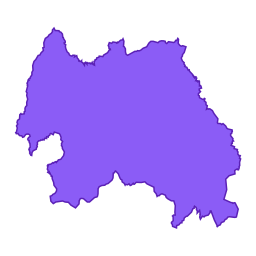 San Cristóbal de la Barranca, Jalisco, Mexico
{"feature_id": "50627088B30385640574129", "entity_name": "San Cristóbal de la Barranca", "entity_type": "district", "adm_level": 2, "iso_a3": "MEX", "parent_name": "Mexico", "parent_adm1": "Jalisco", "projection": "equal_earth", "projection_center": [-103.519, 21.046], "detail": "fine", "context": "isolated", "style": "filled", "palette": "violet", "viewbox_px": 256, "rotation_deg": 0, "n_neighbors": 0, "source": "geoboundaries", "source_scale": "gbopen_adm2", "svg_char_len": 5708}
<svg xmlns="http://www.w3.org/2000/svg" viewBox="0 0 256 256"><path d="M232.1,129.9L228.1,129.0L226.9,128.3L225.7,126.0L223.0,123.6L221.7,124.5L220.7,123.6L217.8,123.4L217.4,122.7L217.9,118.8L214.0,113.6L212.4,110.6L209.8,108.8L208.4,109.1L207.9,108.6L206.5,109.3L207.3,105.7L206.0,104.8L206.0,102.3L204.4,101.1L204.9,98.7L204.3,98.4L203.5,99.5L202.8,99.4L199.5,97.7L199.3,95.8L198.4,95.3L198.4,93.7L200.5,91.6L199.2,90.1L199.2,89.0L201.5,88.1L200.9,86.0L200.2,85.4L199.5,85.8L199.4,81.3L199.0,80.8L197.9,81.8L197.5,80.8L196.6,81.0L196.3,80.1L195.9,80.3L196.7,78.2L195.9,77.9L196.0,77.4L195.6,77.6L195.4,77.1L194.9,77.6L194.7,77.1L194.4,77.7L193.3,76.2L193.2,75.3L192.7,75.2L192.5,74.4L189.5,71.2L189.2,69.8L188.2,70.1L186.8,67.3L184.7,66.5L185.1,65.4L183.9,63.9L184.2,62.7L182.5,61.1L181.4,58.6L181.4,57.6L182.5,55.9L182.4,54.8L184.2,52.5L186.0,46.8L182.7,45.7L181.3,46.2L179.7,45.3L178.2,43.3L178.5,39.3L177.8,38.4L177.0,40.0L176.2,40.6L175.7,40.4L174.8,41.9L173.7,42.5L168.5,41.7L166.7,43.5L165.5,42.7L165.2,41.3L163.7,40.9L161.4,40.8L159.5,41.3L158.0,42.7L153.1,41.3L150.7,41.4L148.9,43.1L146.7,46.8L143.2,48.2L140.6,50.3L139.0,50.9L137.6,50.6L136.5,51.4L134.9,51.3L127.6,55.3L126.1,54.2L125.5,52.1L125.4,48.8L124.3,46.8L123.5,46.4L123.9,41.2L123.0,38.8L122.4,39.9L120.6,40.2L117.8,42.8L117.4,42.2L116.5,43.0L116.2,42.5L112.9,42.0L111.7,43.3L109.3,42.6L108.2,45.7L108.8,46.5L109.0,48.4L110.2,48.9L110.4,49.7L109.3,49.9L107.6,52.7L103.6,55.1L102.9,56.6L99.2,56.1L98.8,57.3L96.8,57.8L96.5,59.3L95.1,59.7L95.0,60.8L94.0,61.4L94.5,65.2L93.1,64.5L92.2,62.4L91.7,63.7L90.8,63.1L90.3,63.8L89.2,62.9L87.9,63.3L87.2,62.6L86.8,62.8L86.9,64.1L85.8,62.8L85.7,61.6L85.2,63.2L84.5,63.0L84.4,65.2L82.7,62.7L81.6,62.0L81.6,60.8L81.0,61.6L79.6,60.8L79.2,61.3L78.8,61.0L78.6,59.4L77.3,58.1L76.7,55.7L74.5,56.9L74.8,55.3L72.8,55.2L71.9,56.1L70.1,55.5L69.2,54.6L68.9,53.4L67.1,51.8L65.8,48.6L65.4,46.6L65.7,44.6L64.4,43.9L64.1,42.9L65.2,42.5L65.2,41.2L63.7,38.9L63.3,37.5L62.8,37.4L62.4,34.0L60.9,32.2L59.4,31.7L59.0,30.7L55.2,30.5L54.0,28.1L52.4,30.0L52.5,31.5L51.4,33.2L48.8,35.1L48.1,36.5L45.3,38.4L43.8,42.8L44.1,47.3L42.8,47.8L43.4,50.5L41.0,52.9L39.9,55.0L38.1,55.5L35.8,59.5L34.0,61.4L32.7,65.6L33.0,70.3L31.9,72.3L31.9,74.8L30.2,77.4L30.1,78.5L29.2,78.6L28.2,79.9L28.8,80.4L28.0,80.7L27.4,83.0L27.0,83.2L27.6,84.3L27.2,85.1L27.7,85.8L26.2,91.7L27.1,92.9L26.7,95.5L27.7,99.2L26.7,102.3L26.8,105.6L25.7,106.6L25.0,108.2L25.0,111.4L24.2,111.8L24.2,113.8L21.3,114.3L20.9,113.6L19.8,114.7L19.5,119.0L17.6,120.3L17.0,122.4L17.7,124.1L16.5,125.9L17.3,127.9L16.4,132.1L15.9,132.8L15.4,131.9L16.3,133.7L18.1,133.5L18.5,134.5L19.9,135.7L21.8,135.8L22.6,137.3L23.9,136.9L25.6,134.6L26.8,134.1L28.5,134.1L29.7,134.9L30.1,136.4L28.5,137.6L27.7,139.1L28.4,140.6L29.1,140.6L29.3,142.7L29.9,143.3L30.2,147.3L29.2,148.3L29.4,149.5L29.0,149.6L30.0,152.4L29.6,153.0L30.8,155.2L31.7,155.5L32.0,152.6L33.2,150.7L36.3,149.2L36.5,147.7L37.3,146.7L36.9,145.3L37.5,144.4L37.3,142.4L38.6,140.8L40.0,140.8L40.7,140.0L42.1,140.2L42.8,139.4L44.0,140.0L44.7,138.3L46.6,138.5L46.4,137.2L46.6,136.7L48.2,137.1L48.4,135.9L49.7,135.3L50.0,134.0L50.9,133.4L53.2,134.7L54.3,132.1L59.4,133.7L60.1,134.8L61.1,137.4L60.8,139.7L62.6,141.5L61.4,143.8L61.7,144.9L61.4,145.7L62.2,146.5L62.4,148.6L64.4,151.9L63.6,155.6L60.8,159.3L58.3,159.9L57.4,161.5L56.3,161.6L56.3,162.4L55.2,161.8L53.4,163.1L52.9,162.6L50.7,164.2L48.9,164.4L48.3,165.5L47.8,165.0L47.3,165.9L47.8,166.7L47.3,169.2L47.8,169.6L48.2,171.9L47.8,172.4L48.5,172.7L49.2,172.0L49.3,173.3L50.2,173.3L50.2,174.5L51.6,175.6L51.3,176.4L52.2,176.7L52.2,178.8L53.6,182.3L54.0,185.3L56.7,188.9L56.4,191.3L54.9,193.4L52.7,194.5L51.9,195.6L50.2,196.2L50.9,201.2L53.3,203.6L55.8,202.0L62.6,201.0L65.1,202.0L68.4,202.3L70.9,205.1L75.5,207.9L79.0,203.9L79.2,200.8L80.2,198.8L81.0,198.4L83.4,198.6L87.3,202.0L89.5,202.0L94.6,197.5L97.0,196.9L97.5,196.2L98.0,193.9L98.1,188.7L99.2,186.7L101.8,185.5L104.8,185.2L106.1,184.1L108.1,183.5L112.0,180.1L113.0,177.9L113.3,173.1L114.5,172.7L115.0,171.3L115.6,171.0L118.3,173.8L119.9,177.9L120.8,179.4L121.8,179.8L122.2,181.9L124.2,183.3L125.1,185.1L125.5,184.4L127.6,184.8L129.0,183.8L130.2,185.5L131.5,185.0L133.2,183.3L133.9,184.3L134.4,184.2L136.2,182.3L141.2,182.5L144.9,181.8L146.9,183.8L153.9,187.2L154.2,191.4L156.2,193.7L157.1,196.4L157.8,195.7L159.1,195.7L160.5,194.4L162.0,193.8L165.4,195.2L166.2,197.4L167.8,198.8L171.3,200.8L173.8,200.9L175.3,205.6L174.9,212.2L175.2,215.0L173.5,215.1L172.5,216.0L173.1,216.6L173.2,220.7L171.5,222.3L171.4,223.1L172.4,224.7L172.6,226.4L176.5,227.9L176.7,225.5L178.8,224.9L180.5,222.9L181.9,222.8L182.1,220.9L183.7,220.4L184.3,217.9L186.3,216.3L187.3,216.2L191.5,212.1L192.8,208.8L194.2,208.2L194.1,207.1L194.5,206.2L196.1,207.4L196.6,208.8L196.4,209.6L197.3,210.9L197.2,213.1L199.6,210.4L200.2,213.9L199.9,214.2L200.2,214.5L199.7,217.1L200.4,219.2L202.4,216.2L204.1,216.9L205.1,215.9L208.2,215.1L210.0,212.7L210.2,211.0L211.0,210.9L214.4,220.1L216.8,224.9L217.2,226.1L216.9,227.1L218.5,225.5L220.2,224.9L221.4,222.5L223.9,221.6L225.2,219.4L226.6,218.9L227.7,217.2L229.3,216.7L234.9,217.4L236.4,217.0L238.2,209.1L235.1,202.9L234.2,202.7L232.9,203.3L232.1,202.6L231.1,202.6L223.9,199.4L226.7,189.7L225.7,179.2L229.1,175.7L235.0,173.9L234.7,170.6L235.5,169.9L237.2,169.0L237.6,169.7L238.5,169.8L239.2,167.9L239.1,166.7L239.7,165.6L239.6,162.2L240.6,158.9L239.5,158.3L240.0,156.8L239.5,156.5L240.1,155.6L238.9,155.4L237.8,154.1L238.0,152.0L237.1,150.7L237.4,149.5L234.1,148.6L234.5,146.7L231.1,145.4L231.7,144.1L231.5,143.4L232.3,143.3L232.3,141.4L233.5,141.0L232.7,140.0L233.0,138.7L230.6,135.6L230.6,133.9L231.6,133.5L231.9,132.6L231.7,131.9L232.3,131.5L232.1,129.9Z" fill="#8b5cf6" stroke="#5b21b6" stroke-width="1.5"/></svg>